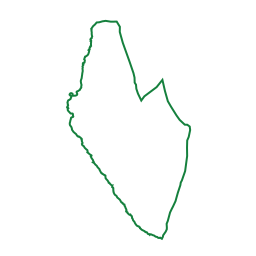 outline of South Ambae, Penama, Vanuatu, rotated 101°
{"feature_id": "77236927B86395134968187", "entity_name": "South Ambae", "entity_type": "district", "adm_level": 2, "iso_a3": "VUT", "parent_name": "Vanuatu", "parent_adm1": "Penama", "projection": "mercator", "projection_center": [167.858, -15.42], "detail": "fine", "context": "isolated", "style": "outline", "palette": "green", "viewbox_px": 256, "rotation_deg": 101, "n_neighbors": 0, "source": "geoboundaries", "source_scale": "gbopen_adm2", "svg_char_len": 5817}
<svg xmlns="http://www.w3.org/2000/svg" viewBox="0 0 256 256"><g transform="rotate(101 128 128)"><path d="M159.4,63.7L144.2,64.6L136.1,66.3L128.9,67.5L125.2,66.7L118.1,66.6L114.8,67.7L113.5,70.4L113.9,72.9L110.2,78.8L106.4,82.8L98.8,89.9L94.1,94.0L84.6,98.8L74.2,103.4L82.4,107.7L93.8,118.0L98.5,120.2L92.3,124.8L87.9,127.3L84.0,128.4L82.2,130.1L77.3,131.2L73.1,133.1L63.0,138.9L45.3,149.4L35.3,154.4L30.2,155.3L25.7,159.4L26.9,165.0L27.1,170.4L28.2,173.5L29.7,176.4L30.4,178.9L32.6,180.1L34.7,181.7L37.7,183.0L37.9,182.6L38.9,182.4L39.2,182.5L39.7,182.4L40.3,182.1L40.8,181.9L41.3,181.8L42.1,181.7L43.0,181.4L43.4,181.4L44.8,180.7L45.0,180.6L45.6,180.8L46.0,180.9L46.5,180.7L46.7,180.8L46.9,180.9L47.4,181.6L47.7,181.7L48.4,181.8L48.6,181.7L48.9,181.1L49.1,180.9L49.6,181.1L49.6,180.9L49.9,180.7L50.0,180.7L50.6,180.7L51.3,180.5L52.2,180.5L54.2,180.0L54.5,179.9L54.9,180.2L55.0,180.4L55.2,180.7L55.5,180.6L55.8,180.5L56.1,180.8L56.7,181.0L57.5,180.8L58.2,181.2L58.4,180.9L58.5,181.0L58.7,181.3L59.0,181.5L59.2,180.9L59.6,180.8L60.2,180.8L60.8,180.8L61.3,180.9L61.7,180.9L63.1,181.1L63.7,181.3L64.6,181.9L64.8,182.1L65.8,183.1L66.0,183.6L66.4,183.8L66.8,183.7L67.2,183.9L67.7,184.0L68.9,184.1L69.1,183.7L70.1,183.2L71.7,183.3L72.0,183.2L72.5,183.6L72.6,184.3L72.8,184.5L73.1,184.4L73.5,184.6L73.9,184.4L74.1,184.5L74.3,184.4L74.4,183.9L74.9,183.9L75.6,184.3L76.4,184.4L76.8,184.1L77.3,183.9L78.4,184.0L79.9,183.5L81.0,183.3L81.6,183.3L82.4,183.3L83.1,183.3L84.2,183.2L86.3,183.1L88.0,183.0L90.0,183.3L90.9,183.3L91.7,183.1L92.2,182.9L93.3,182.5L94.4,181.9L94.8,181.8L96.0,181.9L96.5,181.7L97.1,181.6L97.7,181.8L98.0,181.9L98.3,182.2L99.2,182.4L100.0,182.7L100.4,183.3L101.2,184.0L101.9,185.1L102.2,185.3L102.7,185.3L103.0,185.1L104.1,184.4L104.4,184.3L104.8,184.3L105.2,184.4L105.8,185.0L106.2,185.6L106.4,186.3L106.8,187.9L106.8,188.3L106.6,188.5L106.0,188.8L105.3,188.8L105.1,188.9L104.9,189.2L104.6,190.0L104.7,190.6L104.9,191.1L105.3,191.4L106.0,191.7L106.5,191.7L107.2,190.8L107.6,189.9L107.8,189.7L108.0,189.6L108.6,189.6L109.4,189.8L110.0,189.9L110.3,189.9L110.7,190.1L111.2,190.7L111.6,191.0L112.1,191.8L112.4,192.0L112.9,192.1L113.3,192.2L114.0,192.2L114.4,192.3L114.8,192.2L115.1,191.9L115.4,191.9L115.9,191.8L116.4,191.4L116.8,191.5L117.3,191.4L117.5,191.1L118.0,191.2L119.0,191.7L119.2,191.8L119.6,191.5L119.7,190.6L119.9,190.4L120.1,190.3L120.7,190.8L121.0,190.8L122.0,190.5L122.5,190.0L123.1,189.4L123.6,188.5L124.2,187.8L124.7,187.1L124.6,186.4L124.4,185.3L124.4,185.2L124.6,184.9L125.3,184.6L126.3,184.4L126.9,184.0L127.2,183.9L127.5,184.0L128.0,184.6L128.3,185.4L128.8,185.8L129.3,185.9L130.3,185.8L131.3,186.0L133.4,186.0L133.9,186.1L134.4,186.1L135.6,185.8L136.2,185.5L136.5,185.3L137.7,183.9L138.4,183.5L138.8,183.2L139.5,182.9L140.3,182.7L142.2,180.8L142.5,180.3L143.2,179.1L143.9,177.8L144.4,177.3L144.9,176.9L145.5,176.2L146.0,175.2L146.0,174.8L145.7,174.6L145.9,174.2L146.1,173.8L146.4,173.0L146.9,172.3L147.3,171.6L147.6,171.3L147.9,171.6L148.0,171.6L149.3,170.8L149.7,170.8L150.3,170.5L151.0,169.9L151.5,169.8L151.8,169.8L152.4,170.2L153.3,169.8L153.7,169.2L153.9,168.9L154.2,168.1L154.5,167.7L155.3,167.1L155.6,166.8L155.9,166.4L157.0,164.7L157.3,164.0L157.5,163.7L157.9,163.5L158.6,163.2L158.9,163.1L159.6,163.3L159.8,163.0L159.9,162.7L160.4,161.7L161.0,160.8L161.1,160.5L161.5,159.7L161.6,159.3L161.8,158.7L162.1,158.5L162.4,158.6L163.0,159.1L163.7,158.6L164.1,158.4L164.5,158.0L164.9,157.6L165.3,157.2L166.0,156.4L166.8,156.0L167.5,155.4L167.9,155.1L168.3,155.2L168.5,155.6L168.6,155.4L168.6,155.0L168.6,154.8L168.8,154.6L170.1,153.1L170.8,151.9L171.2,151.3L172.1,150.6L173.3,149.0L173.8,148.3L174.1,148.0L174.7,147.8L175.2,147.4L176.2,146.5L176.7,146.2L177.3,145.6L177.3,145.3L177.3,145.1L177.8,144.7L178.1,143.9L178.1,143.4L178.5,142.9L178.6,142.6L178.6,142.4L178.6,142.0L178.8,141.7L178.9,141.3L179.0,141.1L179.4,141.1L179.6,141.1L180.1,140.8L180.9,140.6L181.4,140.5L181.7,140.2L182.4,139.5L183.2,138.3L184.0,137.5L184.3,137.1L184.7,136.9L185.2,136.7L185.5,136.5L185.5,136.4L185.4,136.0L185.6,135.6L186.4,134.8L187.4,133.1L187.5,132.7L187.4,132.4L188.0,132.5L188.8,132.2L189.1,132.2L189.2,131.9L189.3,131.4L189.6,131.1L189.9,130.9L190.2,130.9L190.6,130.9L191.7,130.5L191.9,130.5L192.2,130.5L192.7,130.2L193.1,130.2L193.4,130.1L193.7,129.8L194.2,129.7L194.4,129.5L195.5,128.7L196.0,128.1L196.3,127.7L196.6,126.8L196.8,126.4L198.2,125.3L198.5,124.9L198.8,124.2L199.2,123.6L199.8,122.5L200.2,122.1L200.8,121.5L201.3,121.2L201.9,120.7L202.3,120.1L202.5,119.7L202.4,119.2L202.6,119.0L203.2,118.7L203.6,117.9L203.8,116.9L204.1,116.8L204.6,116.8L205.1,116.5L205.3,116.1L207.3,114.9L208.0,114.3L208.3,114.1L209.4,113.7L209.9,114.0L210.3,113.9L210.5,113.6L210.7,113.1L210.8,112.5L211.1,112.3L211.6,112.2L212.8,110.2L212.9,109.6L212.6,109.2L212.8,109.1L213.1,108.8L213.1,108.5L213.4,108.3L213.5,108.1L213.5,107.9L213.6,107.7L213.9,107.4L214.6,107.1L215.1,106.9L215.5,106.9L215.9,106.6L216.0,106.4L216.4,106.0L217.6,105.4L217.9,105.1L218.3,104.5L218.9,103.8L219.1,103.6L219.5,103.4L219.8,103.2L220.6,102.5L221.4,101.6L221.7,101.3L222.0,100.9L222.3,100.4L222.5,99.6L222.5,98.7L223.0,98.2L223.1,97.8L223.2,97.5L223.4,97.3L224.0,97.1L224.0,96.9L224.5,96.4L224.7,95.9L225.1,95.4L225.3,95.0L226.1,92.1L226.2,91.8L226.8,91.2L226.9,90.6L226.7,89.9L226.8,89.6L227.2,89.1L228.0,88.5L228.2,87.9L228.3,87.5L228.1,86.9L228.1,86.7L228.4,86.5L228.7,86.2L228.1,85.8L228.0,85.4L228.1,84.5L228.3,83.9L228.5,83.0L228.5,82.2L228.7,81.6L229.3,80.4L229.4,80.0L229.4,78.6L230.0,77.6L230.1,77.2L229.9,76.5L229.9,75.9L229.6,75.7L229.5,75.4L229.8,74.7L230.2,74.0L230.3,73.6L228.1,73.0L226.6,73.0L222.5,71.2L220.0,70.6L218.1,70.9L214.7,71.8L211.6,71.2L202.9,70.6L198.7,69.5L196.7,68.9L190.7,67.4L186.7,67.1L181.9,66.7L174.2,65.7L171.5,65.8L169.2,65.1L159.4,63.7Z" fill="none" stroke="#15803d" stroke-width="2"/></g></svg>